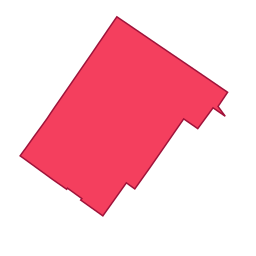 Humboldt, Nevada, United States of America, rotated 305°
{"feature_id": "52423323B95126953057941", "entity_name": "Humboldt", "entity_type": "district", "adm_level": 2, "iso_a3": "USA", "parent_name": "United States of America", "parent_adm1": "Nevada", "projection": "albers", "projection_center": [-118.177, 41.263], "detail": "fine", "context": "isolated", "style": "filled", "palette": "rose", "viewbox_px": 256, "rotation_deg": 305, "n_neighbors": 0, "source": "geoboundaries", "source_scale": "gbopen_adm2", "svg_char_len": 642}
<svg xmlns="http://www.w3.org/2000/svg" viewBox="0 0 256 256"><g transform="rotate(305 128 128)"><path d="M126.1,55.9L103.8,56.0L96.4,56.1L89.4,56.3L83.6,56.2L82.1,56.2L67.1,55.9L51.8,55.8L50.1,55.7L48.7,55.7L43.3,55.6L43.1,69.2L42.6,95.5L42.6,112.9L44.0,112.9L43.7,130.7L41.8,130.6L41.6,157.8L43.1,157.8L82.1,158.1L82.0,168.5L108.1,168.7L167.4,168.4L167.5,185.5L193.3,186.1L193.4,200.9L197.3,189.4L214.4,189.1L214.0,153.8L213.3,104.5L212.7,55.1L212.1,55.1L211.0,55.1L210.0,55.1L209.0,55.1L199.5,55.2L198.0,55.2L184.4,55.4L181.5,55.4L168.2,55.6L149.9,55.7L126.1,55.9L126.1,55.9Z" fill="#f43f5e" stroke="#9f1239" stroke-width="1.5"/></g></svg>